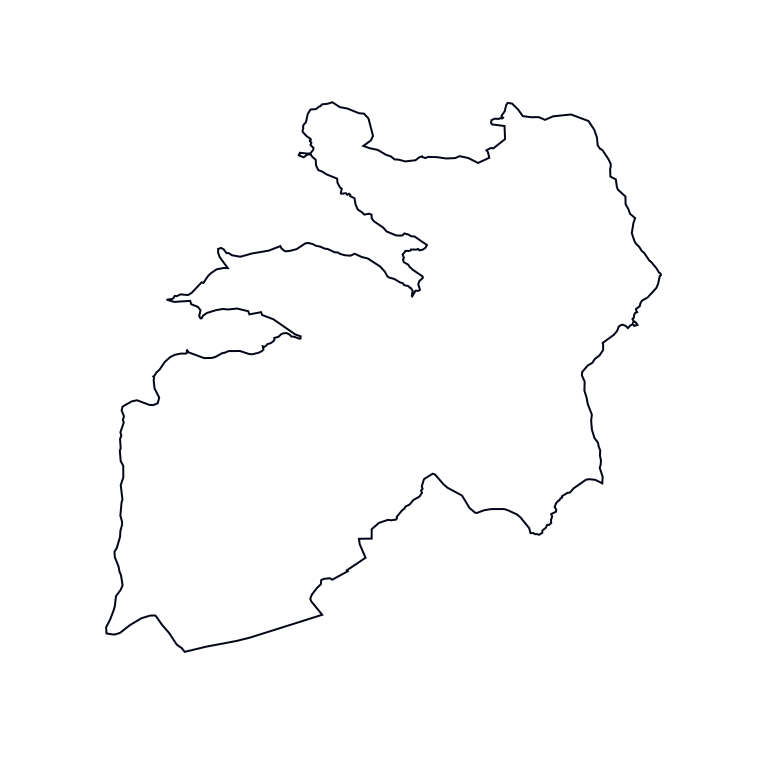 outline of Teliucu Inferior, Hunedoara, Romania, rotated 10°
{"feature_id": "2599482B31599362793589", "entity_name": "Teliucu Inferior", "entity_type": "district", "adm_level": 2, "iso_a3": "ROU", "parent_name": "Romania", "parent_adm1": "Hunedoara", "projection": "robinson", "projection_center": [22.87, 45.686], "detail": "fine", "context": "isolated", "style": "outline", "palette": "ink", "viewbox_px": 768, "rotation_deg": 10, "n_neighbors": 0, "source": "geoboundaries", "source_scale": "gbopen_adm2", "svg_char_len": 6151}
<svg xmlns="http://www.w3.org/2000/svg" viewBox="0 0 768 768"><g transform="rotate(10 384 384)"><path d="M611.4,425.9L610.9,421.4L609.1,417.1L608.5,411.9L606.3,408.4L605.0,404.8L600.7,400.7L596.7,392.9L594.4,384.4L594.0,378.0L588.2,368.5L585.9,362.3L582.5,355.7L581.2,346.8L577.4,341.2L577.1,337.7L581.5,330.3L585.5,327.0L587.2,322.9L591.3,318.4L593.9,312.4L592.9,306.9L592.2,305.6L601.7,295.8L604.4,291.2L605.2,286.7L607.3,284.7L608.9,284.2L612.2,284.9L614.4,286.6L616.6,283.4L618.4,282.2L619.2,282.1L620.3,283.4L623.4,281.8L621.0,279.4L619.7,279.1L618.7,279.8L618.8,278.4L617.4,276.9L618.6,275.0L618.3,273.0L618.9,270.6L620.8,269.2L619.9,268.5L619.1,266.4L622.3,263.1L622.5,259.8L623.6,257.1L628.6,253.0L635.6,242.0L636.6,237.2L636.8,229.9L637.8,228.7L637.2,227.3L635.3,226.3L632.3,222.8L626.0,217.5L623.8,216.3L617.3,209.6L614.8,208.3L611.6,204.7L607.6,202.0L605.6,199.4L601.8,192.3L601.7,182.2L602.5,177.0L596.8,173.7L594.1,169.1L590.7,165.0L589.2,157.4L580.6,152.0L579.0,149.2L576.8,142.3L570.9,140.4L569.4,133.3L569.5,130.3L568.9,127.6L565.8,123.4L559.1,116.3L557.7,115.3L556.1,115.0L553.1,112.0L550.8,104.1L546.9,97.1L539.7,89.5L521.4,86.1L504.1,91.0L496.7,95.9L490.0,94.3L482.6,95.7L474.2,96.1L468.3,90.3L461.4,85.6L456.9,85.7L455.9,88.1L455.5,94.5L453.2,99.3L453.4,100.3L455.0,101.1L454.4,101.9L451.6,102.3L451.1,103.0L447.0,103.5L444.0,105.5L444.1,108.3L445.4,109.6L457.9,109.0L460.7,121.8L450.8,132.9L448.1,133.1L444.3,136.0L446.2,137.8L448.4,142.9L438.2,150.0L427.7,146.8L418.8,146.5L415.1,149.1L406.2,151.1L396.7,151.4L388.1,152.7L385.4,154.3L382.4,153.8L382.1,153.2L379.5,154.5L376.1,158.2L366.3,161.1L359.2,160.5L355.4,161.0L351.3,158.7L346.1,157.9L337.0,154.5L328.9,154.3L322.3,153.1L328.8,146.4L330.1,141.6L322.6,125.2L317.3,121.2L312.4,121.7L300.1,119.1L292.4,119.0L284.2,115.5L280.1,117.7L274.4,119.4L272.9,121.7L271.9,122.0L269.3,125.1L264.0,126.4L262.0,131.3L261.7,139.6L259.8,142.8L259.6,144.3L260.1,146.4L259.8,148.6L260.3,150.0L264.8,153.4L268.9,155.2L269.6,156.2L268.7,157.1L269.0,157.9L270.6,159.0L270.1,161.3L273.6,163.8L273.6,165.7L271.5,169.6L268.8,170.4L261.0,170.9L261.1,172.0L260.2,172.9L260.3,173.6L265.5,174.7L269.1,171.1L272.2,170.8L273.9,172.7L277.8,175.0L279.1,180.5L282.1,184.7L286.1,185.5L291.3,187.6L302.2,189.9L303.2,193.8L306.7,198.2L308.5,199.0L308.3,203.5L309.0,204.1L313.3,202.7L315.1,204.1L316.5,202.7L318.0,203.6L318.1,204.9L322.7,206.2L324.7,211.9L327.8,216.7L332.7,218.8L335.2,220.6L339.6,218.9L342.4,219.4L343.0,222.7L345.6,225.4L356.2,230.2L360.0,233.3L370.1,235.6L375.2,234.9L376.6,234.2L377.9,232.2L382.4,232.6L384.9,233.8L388.3,233.4L402.2,239.7L401.1,242.7L399.1,244.8L395.8,246.2L394.2,245.1L392.6,246.0L387.2,246.9L387.2,247.7L385.4,248.7L381.9,249.2L381.8,250.1L379.8,253.2L381.7,256.3L381.1,258.0L382.3,260.6L387.0,262.2L388.8,264.1L392.5,266.5L403.4,271.4L403.8,272.7L400.9,276.6L400.4,279.8L403.1,285.0L401.8,286.2L398.8,286.7L396.6,292.8L396.1,292.4L396.0,287.2L393.6,284.7L392.4,284.6L391.2,283.4L386.6,283.1L384.9,281.4L382.6,281.3L375.9,278.8L370.4,278.2L368.5,277.3L365.3,273.2L359.7,268.9L346.2,263.2L340.0,262.8L332.5,260.8L328.6,263.5L322.7,264.0L317.6,263.4L315.7,262.4L312.7,262.9L305.0,260.8L302.1,261.0L297.4,259.8L293.2,259.7L289.1,258.5L284.9,258.3L282.2,259.1L274.5,266.4L267.5,269.5L263.9,270.4L262.4,270.0L259.5,268.3L258.0,266.2L247.3,272.7L231.3,278.4L220.5,283.6L211.9,283.6L208.2,282.0L206.2,282.5L202.8,279.3L200.0,278.3L197.2,279.7L197.9,283.7L200.2,287.6L210.0,297.0L205.9,297.6L199.3,300.1L194.6,304.6L192.0,308.1L188.6,315.8L186.7,315.6L178.8,327.6L175.6,330.4L167.9,331.1L164.7,333.5L162.6,333.6L161.8,335.8L160.6,337.1L155.2,338.7L163.0,339.6L178.7,335.8L180.3,338.9L187.4,340.4L190.5,343.2L190.2,349.2L191.8,351.2L192.9,351.1L194.0,348.0L197.3,344.8L205.6,340.5L212.2,338.1L217.4,337.7L226.1,335.2L237.7,335.9L239.3,338.8L250.5,334.6L252.0,337.2L263.9,339.5L288.0,350.6L293.6,351.5L293.9,353.7L293.1,354.1L287.3,353.1L284.4,353.3L282.6,351.8L279.0,350.7L276.4,351.5L274.3,352.6L271.8,355.9L267.9,357.7L268.4,359.5L268.0,360.6L265.7,363.1L261.8,365.4L261.6,366.3L259.8,368.2L258.1,367.9L259.3,371.1L258.0,372.8L255.3,374.9L249.1,377.6L245.9,377.9L236.4,376.5L225.2,378.6L221.0,381.3L219.9,381.3L213.0,386.8L209.4,388.4L202.2,389.7L186.2,386.8L184.3,384.9L184.0,385.1L184.4,387.7L183.6,388.5L178.4,389.4L172.9,391.6L168.7,394.7L164.3,400.3L160.5,408.8L157.9,412.1L156.5,415.7L155.5,416.6L156.3,417.4L156.6,420.7L158.8,428.2L165.0,436.5L164.5,442.2L160.3,444.9L156.5,445.3L143.6,442.9L138.6,444.9L130.5,451.6L130.2,455.6L133.5,460.9L133.1,464.8L134.4,467.2L132.8,477.3L134.3,480.5L133.6,484.1L135.9,493.3L135.4,495.5L138.1,505.7L141.4,509.8L143.5,521.2L142.3,529.3L146.5,543.3L146.1,545.8L147.2,559.4L149.9,565.0L150.5,567.9L149.9,574.2L150.6,580.5L149.3,592.0L147.7,596.0L149.0,601.3L154.2,609.7L156.1,614.7L158.2,618.0L161.5,627.6L160.5,632.2L156.9,639.5L157.5,649.8L157.1,653.5L155.2,663.4L152.6,671.8L154.0,677.8L159.9,677.8L163.0,677.2L167.3,674.9L175.5,665.7L185.8,656.8L193.9,652.7L198.5,651.7L199.8,652.3L207.2,659.7L215.7,666.6L225.1,676.6L230.8,679.3L234.2,682.4L254.4,673.6L283.0,662.8L296.3,656.9L363.2,622.0L350.0,610.6L348.7,608.4L349.5,604.0L353.4,596.5L356.6,592.2L356.2,588.0L358.7,586.3L364.5,584.7L367.0,585.7L380.9,574.6L379.8,573.9L396.0,558.3L387.9,546.0L386.2,540.8L398.7,538.4L397.1,529.1L403.1,521.7L411.5,517.1L415.0,516.9L419.5,515.4L420.0,514.2L419.6,512.6L423.9,505.1L425.9,503.0L426.4,501.0L430.0,498.4L433.2,493.0L438.5,488.7L440.3,484.6L439.0,482.5L440.2,480.5L439.0,478.3L439.7,471.9L440.2,470.4L447.5,463.9L450.0,464.3L460.1,472.5L464.5,475.1L480.2,480.3L489.7,491.2L496.0,494.9L497.8,494.9L504.4,491.0L511.1,488.6L524.2,486.3L527.8,486.8L537.7,489.4L541.6,491.7L552.0,500.7L554.2,505.4L556.9,504.9L558.9,505.7L560.9,505.2L562.9,505.6L565.7,503.1L565.4,500.8L568.4,497.4L569.1,494.4L571.1,494.1L572.8,491.8L572.0,488.7L572.7,485.5L571.2,483.1L575.4,480.0L575.5,477.9L573.4,475.5L574.1,471.7L576.1,468.4L576.8,468.2L577.8,465.8L579.0,465.1L578.7,463.7L583.6,459.3L585.9,458.7L588.9,453.8L599.5,443.2L602.6,442.1L608.7,441.7L616.2,443.9L615.5,437.5L611.0,429.1L611.4,425.9Z" fill="none" stroke="#020617" stroke-width="2"/></g></svg>